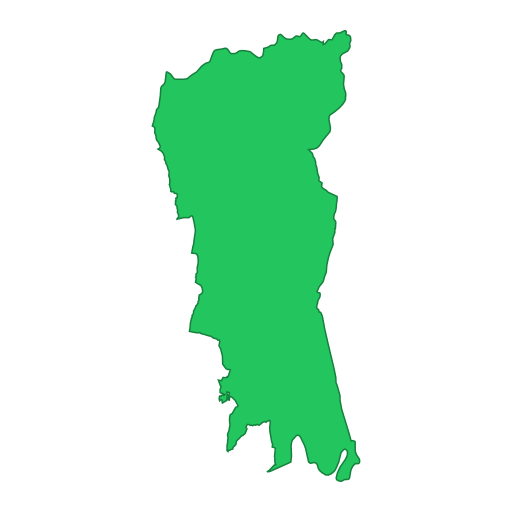 Chaloem Phra Kiat, Saraburi, Thailand
{"feature_id": "78962969B71448871190318", "entity_name": "Chaloem Phra Kiat", "entity_type": "district", "adm_level": 2, "iso_a3": "THA", "parent_name": "Thailand", "parent_adm1": "Saraburi", "projection": "equal_earth", "projection_center": [100.901, 14.65], "detail": "fine", "context": "isolated", "style": "filled", "palette": "green", "viewbox_px": 512, "rotation_deg": 0, "n_neighbors": 0, "source": "geoboundaries", "source_scale": "gbopen_adm2", "svg_char_len": 6012}
<svg xmlns="http://www.w3.org/2000/svg" viewBox="0 0 512 512"><path d="M355.2,450.3L355.1,441.5L352.8,440.6L351.1,440.9L349.1,433.6L341.6,409.0L340.0,400.1L340.0,395.7L337.3,386.0L336.0,382.6L335.8,377.4L334.1,368.9L327.8,342.6L324.6,328.5L322.7,318.1L322.0,315.3L320.9,312.8L320.3,312.2L319.1,312.0L318.7,309.9L316.9,308.2L316.6,307.6L317.0,304.7L317.6,303.0L317.9,300.7L319.9,297.0L320.2,294.2L319.9,293.0L317.5,292.3L317.1,290.8L317.9,289.8L319.1,286.8L322.9,282.0L323.5,280.5L324.6,276.5L326.3,272.1L326.8,265.3L328.4,257.7L330.1,252.2L333.1,244.6L332.7,238.6L334.9,232.4L334.8,228.9L335.4,228.8L335.8,222.3L335.6,221.4L333.9,219.1L333.7,217.2L334.3,214.0L335.4,211.8L336.1,208.7L336.6,202.6L337.0,200.5L337.2,197.1L337.0,196.4L328.2,192.3L326.0,190.1L323.0,188.4L321.7,186.9L321.6,186.2L322.1,183.0L318.9,180.7L319.1,177.3L317.7,173.6L316.8,167.6L315.8,164.6L315.6,162.1L314.7,158.7L313.1,156.5L312.8,154.9L312.2,153.2L308.6,149.6L314.5,148.9L317.2,147.8L319.3,145.8L323.4,139.6L329.8,131.9L330.4,129.6L330.4,127.4L328.9,119.4L329.1,117.4L329.7,115.2L334.6,111.8L339.2,108.0L343.0,103.9L344.8,101.1L345.4,99.6L345.6,98.2L345.3,97.1L345.8,96.2L345.6,92.6L344.3,89.0L343.5,84.4L344.2,76.1L343.6,74.4L341.1,71.8L340.7,71.0L340.7,70.2L341.7,68.4L341.8,65.0L341.4,63.5L340.4,61.4L340.1,57.7L340.4,56.3L342.1,54.1L347.5,51.2L349.3,48.6L349.9,47.2L350.0,46.0L349.6,43.2L350.7,41.0L350.8,40.1L350.5,36.9L349.5,35.6L348.5,35.1L347.1,35.0L346.2,34.4L346.0,33.3L346.3,32.5L346.3,31.5L345.4,30.7L344.6,30.7L339.9,32.9L336.4,33.1L334.8,34.7L332.1,39.7L331.1,39.9L328.9,39.5L328.3,39.8L325.3,43.5L324.1,44.3L323.2,44.5L323.4,41.6L322.8,42.1L321.4,42.4L317.4,40.0L315.7,39.6L312.1,40.1L310.8,39.8L309.6,39.0L304.1,33.4L303.3,33.0L302.5,33.3L300.9,35.9L300.2,36.4L298.9,36.6L297.1,36.0L295.9,36.1L292.4,38.8L290.2,39.3L286.5,39.0L284.7,38.0L281.0,34.6L280.2,34.4L278.8,35.0L278.2,35.8L277.9,36.8L277.2,41.8L276.5,43.0L274.7,45.1L271.0,45.3L267.6,47.4L263.7,48.4L263.6,51.4L262.8,55.7L260.3,57.7L259.3,57.9L258.2,57.6L255.4,55.9L250.0,51.6L244.8,50.7L241.7,50.6L239.9,50.9L238.6,51.3L235.8,53.4L231.7,53.7L230.0,52.9L229.1,51.2L227.2,48.9L226.1,48.3L224.8,48.3L222.0,49.0L216.8,49.7L214.7,50.4L213.7,51.7L212.7,53.8L209.9,61.4L209.2,62.2L205.6,63.3L201.7,66.1L196.7,71.9L192.2,74.7L187.0,78.8L183.2,79.3L175.2,79.2L174.3,78.9L173.4,77.9L170.6,74.1L167.4,72.0L166.5,72.0L166.3,72.5L165.1,82.2L164.1,84.0L161.6,86.3L160.8,88.1L160.3,95.9L158.7,107.1L156.5,109.8L155.9,113.1L154.4,117.1L153.9,120.9L152.3,126.0L154.6,127.2L154.9,129.3L154.7,132.7L156.0,135.8L156.2,138.8L156.9,140.4L158.4,142.2L160.3,146.5L160.2,147.3L159.3,148.4L158.0,149.1L161.4,151.1L163.2,153.4L164.6,156.9L164.4,159.6L165.5,161.3L165.9,163.4L167.1,165.5L168.2,169.5L169.2,171.6L168.8,175.9L169.7,178.7L169.8,180.6L169.7,183.8L169.3,184.4L170.7,188.9L170.8,191.4L171.2,191.7L173.6,191.9L174.4,193.3L176.5,193.6L177.5,194.4L177.1,195.8L177.4,197.0L177.3,197.6L176.1,197.9L175.8,198.4L176.0,200.1L175.4,201.0L175.9,201.7L175.5,202.4L175.6,203.3L175.3,204.0L175.4,204.4L177.1,206.5L177.0,208.1L177.6,209.6L177.4,212.4L178.4,214.4L178.6,215.7L178.5,217.2L177.2,218.4L177.0,219.2L183.9,217.6L188.6,217.7L189.2,217.5L190.9,216.0L192.0,216.0L192.4,216.2L192.8,217.0L194.0,221.9L195.3,229.4L195.3,231.7L193.8,242.0L194.0,242.7L192.8,247.0L191.7,253.1L195.9,253.6L196.6,254.1L197.4,255.3L197.8,256.5L198.1,258.3L198.2,262.7L197.7,265.8L197.2,267.0L197.3,272.7L195.9,274.2L196.2,275.5L195.6,277.4L196.1,277.9L196.2,278.5L195.5,282.3L201.0,285.6L202.1,287.9L202.7,291.2L202.2,292.7L201.7,293.4L200.2,294.7L199.3,294.9L198.7,298.3L199.0,299.7L198.0,301.7L198.2,303.0L197.5,303.8L196.8,305.3L196.0,305.7L195.3,307.9L193.6,310.9L193.5,312.7L193.0,314.5L192.0,315.4L192.2,317.3L191.6,317.8L190.4,323.0L190.0,328.3L189.4,331.4L197.3,332.9L199.8,332.5L200.0,333.0L201.6,333.8L203.3,334.1L208.7,335.8L211.2,336.3L213.4,338.1L216.7,338.9L217.9,340.2L219.4,340.1L219.7,341.5L219.0,345.9L220.5,348.5L222.4,355.8L222.7,364.2L226.0,368.7L227.9,369.6L229.4,369.5L230.3,369.8L228.1,376.7L227.0,376.6L226.8,377.6L223.8,377.6L223.1,377.4L221.4,380.7L218.4,380.1L220.3,385.5L221.2,386.1L220.1,389.4L220.1,392.6L224.9,394.5L224.1,395.4L222.5,395.2L221.2,395.5L221.1,396.2L219.6,396.1L219.3,397.0L219.5,397.7L219.1,398.7L219.7,400.8L220.9,399.7L221.8,399.7L222.4,403.0L226.7,400.5L227.0,396.9L227.5,394.7L226.9,393.2L227.0,391.9L229.3,392.6L228.2,399.8L229.3,400.1L229.8,396.3L231.8,397.1L235.2,400.4L238.1,405.9L237.1,406.9L235.7,407.3L232.2,413.5L230.4,414.5L230.1,415.0L229.6,417.7L229.5,420.8L229.9,423.8L229.9,426.3L229.5,427.0L229.1,430.2L227.5,434.4L228.1,438.3L227.7,439.6L227.6,442.2L227.1,445.1L227.0,450.5L228.0,451.5L228.4,450.3L229.3,450.5L231.1,449.5L232.7,449.1L233.0,447.4L235.8,444.7L236.6,440.8L238.8,438.9L241.6,435.8L243.0,435.4L245.2,433.4L246.9,429.0L246.9,428.4L245.9,427.5L245.9,427.0L247.4,424.4L249.2,424.6L250.2,425.4L251.8,425.2L252.5,425.7L254.3,424.9L255.5,425.3L257.1,424.4L259.0,425.3L263.1,422.1L265.1,421.6L265.9,422.3L267.2,421.3L269.3,420.4L270.1,420.8L270.2,423.4L269.7,427.3L269.9,431.4L271.6,441.3L272.6,444.6L272.2,447.0L274.8,447.8L275.3,448.8L274.5,456.4L274.8,457.6L274.9,462.7L275.8,464.6L274.3,465.0L269.0,470.6L266.9,471.8L269.8,471.5L290.8,462.1L291.5,456.1L291.1,445.7L291.7,441.8L292.5,440.0L296.3,435.7L297.4,435.1L298.0,435.1L299.4,435.9L300.4,437.0L304.4,445.1L305.6,448.5L308.5,461.6L308.9,462.3L310.4,463.3L314.2,462.5L316.3,463.3L317.4,465.0L318.4,468.7L319.4,470.3L321.8,472.5L325.6,474.9L328.3,475.1L331.0,473.9L333.8,471.7L335.0,470.2L336.1,468.2L338.7,462.1L341.0,452.9L342.5,450.8L343.9,449.5L344.9,449.1L346.1,449.6L347.2,451.1L347.4,452.1L347.4,454.3L347.0,456.1L345.2,459.7L340.5,466.5L339.1,469.2L337.5,472.7L336.3,477.3L336.3,478.8L336.8,479.8L338.6,480.8L340.7,481.3L341.5,481.2L344.6,479.6L347.9,479.4L349.2,478.7L349.6,477.6L350.8,470.5L351.6,468.4L353.2,465.6L355.1,463.8L358.3,463.6L359.4,462.8L359.7,461.0L359.4,459.2L356.5,454.7L355.5,452.1L355.2,450.3Z" fill="#22c55e" stroke="#15803d" stroke-width="1.5"/></svg>